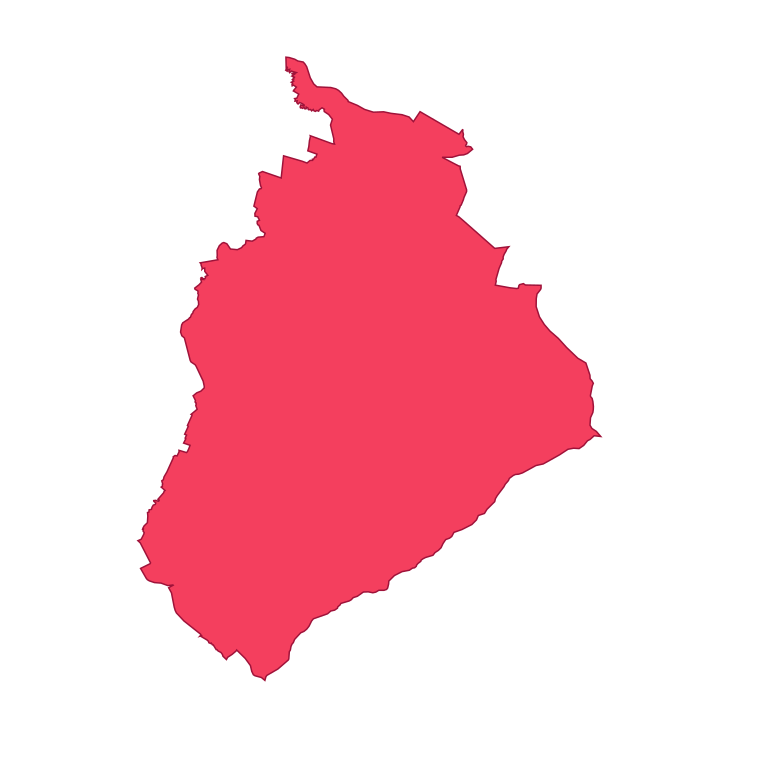 Homoroade, Satu Mare, Romania (Robinson projection), rotated 8°
{"feature_id": "2599482B99777504625333", "entity_name": "Homoroade", "entity_type": "district", "adm_level": 2, "iso_a3": "ROU", "parent_name": "Romania", "parent_adm1": "Satu Mare", "projection": "robinson", "projection_center": [23.062, 47.634], "detail": "fine", "context": "isolated", "style": "filled", "palette": "rose", "viewbox_px": 768, "rotation_deg": 8, "n_neighbors": 0, "source": "geoboundaries", "source_scale": "gbopen_adm2", "svg_char_len": 6132}
<svg xmlns="http://www.w3.org/2000/svg" viewBox="0 0 768 768"><g transform="rotate(8 384 384)"><path d="M387.2,597.9L392.5,592.9L397.3,592.0L402.0,592.3L404.9,591.2L407.6,589.0L412.7,588.3L415.1,587.1L416.0,585.6L416.4,581.4L416.2,578.5L421.0,572.2L428.0,567.3L435.0,564.9L437.8,562.4L439.9,561.7L441.3,560.1L441.6,558.5L442.7,556.9L445.1,554.5L445.3,553.2L447.0,551.6L449.3,550.0L456.3,546.8L458.0,543.8L461.0,541.2L463.3,538.2L464.6,533.9L466.7,529.5L470.4,527.5L472.3,525.6L473.9,521.2L481.4,517.3L490.6,510.9L494.5,505.7L495.7,501.1L501.5,498.2L503.4,493.8L510.0,485.1L510.3,482.0L511.7,478.7L517.0,469.2L518.0,466.4L520.6,462.4L521.3,460.0L524.7,456.6L526.7,455.3L530.0,454.5L533.6,452.7L545.8,443.6L552.8,441.0L567.7,429.7L575.3,423.0L580.7,421.2L586.2,420.8L590.4,416.9L593.4,411.9L595.8,410.2L599.3,406.0L605.9,405.8L600.9,401.4L596.1,399.1L593.7,396.1L593.2,388.6L594.8,383.1L594.8,380.2L594.5,377.1L593.3,372.3L592.1,369.3L590.3,367.7L590.0,366.6L590.5,356.9L591.2,354.2L589.5,351.9L587.4,350.1L586.7,346.6L581.0,335.1L572.3,331.5L559.7,322.4L550.2,314.5L541.0,308.5L534.5,302.8L528.6,295.9L523.9,286.2L522.9,278.3L523.0,273.6L525.9,268.6L526.2,267.2L525.8,264.4L510.2,266.3L508.1,265.2L504.5,266.7L503.9,267.6L503.7,270.4L502.2,271.0L495.4,271.2L480.5,270.6L480.8,266.7L480.3,264.8L481.9,253.4L483.5,247.7L483.5,245.8L484.6,243.6L484.3,241.6L484.9,238.9L486.5,235.0L486.7,233.6L488.5,230.7L474.8,234.3L440.1,211.4L434.8,208.0L432.2,207.0L434.7,197.9L434.6,197.0L435.5,196.1L437.0,190.3L437.2,188.4L439.0,182.0L438.8,180.3L429.6,160.5L429.1,157.8L427.3,157.6L410.0,151.4L419.9,150.0L426.8,146.9L431.1,146.0L434.6,144.1L439.1,139.2L436.9,137.1L434.2,136.9L432.7,137.5L431.7,136.9L431.7,136.0L432.3,135.3L432.5,133.5L429.7,130.8L427.9,128.2L427.9,125.6L426.7,122.7L426.8,121.5L426.3,121.3L423.5,126.3L381.8,109.3L376.6,120.1L371.7,116.1L364.4,114.8L353.3,115.0L345.8,114.5L335.7,116.3L326.6,114.8L318.9,111.8L309.2,109.3L308.9,108.2L304.2,104.7L301.5,101.9L298.2,99.6L295.2,98.4L290.1,97.8L276.3,99.1L272.6,96.6L268.4,91.1L263.3,80.6L261.1,78.0L259.2,76.4L253.7,76.1L250.4,74.8L244.6,73.9L241.4,74.0L243.2,84.9L243.9,83.8L244.3,84.3L243.0,86.9L244.6,87.7L245.0,86.1L246.8,85.5L246.3,87.7L247.3,88.8L248.5,87.0L253.9,87.8L252.9,88.6L249.6,89.2L249.7,89.6L252.0,90.0L249.9,91.9L253.3,92.8L252.3,92.9L251.5,93.8L252.2,94.5L250.9,95.4L252.4,96.6L250.2,98.1L251.7,98.8L251.2,100.3L251.6,101.5L252.7,100.6L255.9,102.2L253.7,105.7L254.1,106.2L253.7,106.5L259.2,108.8L257.9,113.1L255.8,113.8L256.6,114.6L256.5,116.3L258.7,115.6L258.4,117.2L259.4,118.5L260.3,118.5L261.2,117.0L264.0,117.7L266.1,118.8L266.2,119.5L265.6,119.9L262.8,119.2L262.4,121.3L262.9,122.2L263.8,121.9L264.9,122.4L266.4,121.4L267.5,122.6L268.6,122.2L268.5,120.6L270.4,121.4L270.6,122.4L271.2,122.9L273.1,122.4L274.3,123.6L275.7,122.0L276.6,123.2L278.1,123.6L279.4,122.5L281.3,122.9L281.7,121.5L284.2,119.1L286.7,120.2L286.4,120.6L286.9,122.5L291.8,124.9L296.0,129.0L295.0,135.0L300.2,148.3L300.5,151.1L301.6,153.3L298.9,153.2L276.4,148.4L276.7,149.2L276.3,153.4L276.5,159.4L276.1,163.7L285.6,165.7L285.0,168.8L284.0,168.8L282.8,171.5L281.9,171.4L282.0,172.5L279.7,172.9L277.0,175.9L272.0,174.8L252.8,172.0L253.5,194.3L234.1,190.5L230.9,192.6L230.6,193.3L232.1,195.7L232.2,198.9L234.1,204.6L235.4,206.8L235.1,207.6L233.5,208.2L231.9,211.4L230.4,226.0L234.1,228.0L232.4,233.0L232.9,235.8L235.6,235.9L237.9,239.2L235.8,240.5L236.1,242.7L236.9,243.9L238.1,244.3L240.8,249.1L245.3,251.3L244.6,254.8L238.9,256.1L237.2,257.4L236.9,258.4L233.6,260.9L227.4,261.0L227.4,264.3L226.9,265.2L225.2,266.7L224.0,268.8L220.1,271.4L213.2,271.7L208.9,267.0L205.7,266.2L204.1,267.0L201.7,269.9L200.1,274.9L201.0,280.1L201.0,282.0L202.2,284.1L185.1,289.6L186.2,290.6L186.3,291.6L187.8,294.4L187.8,295.7L188.4,294.9L190.3,294.2L190.9,297.5L194.4,300.9L192.0,302.5L192.5,303.4L192.0,304.7L190.4,304.9L188.8,303.9L188.0,304.3L188.1,304.9L189.8,305.7L188.0,305.9L189.1,308.5L187.0,311.5L183.2,315.4L183.7,316.5L186.6,317.6L187.1,318.8L187.0,320.1L187.9,321.6L187.5,325.9L188.7,327.8L189.4,331.2L188.4,334.2L186.6,335.8L184.9,338.8L184.9,340.1L183.6,342.1L183.0,345.0L182.3,345.3L181.4,346.9L176.3,351.3L175.4,353.6L175.3,360.9L177.1,364.4L179.9,366.1L188.8,387.6L189.8,389.0L194.3,391.2L195.5,392.6L204.5,406.3L206.3,411.2L206.5,412.9L203.6,416.6L199.8,418.8L196.6,422.2L199.6,426.6L199.4,428.1L200.7,429.1L200.5,429.8L200.9,430.6L200.6,431.6L202.5,435.0L197.2,440.9L198.1,441.2L198.2,441.9L195.1,452.5L196.1,453.1L193.6,461.5L195.6,462.1L194.6,465.2L195.2,465.4L195.3,465.9L193.8,470.4L200.5,471.7L199.7,475.2L198.8,478.2L198.0,479.4L190.2,478.2L190.5,479.7L189.1,484.0L187.0,483.9L185.4,485.4L185.6,486.5L181.3,501.2L179.1,506.6L178.8,509.5L177.4,510.8L178.8,513.9L178.5,514.7L178.8,516.1L177.7,517.1L182.0,519.9L181.2,520.8L180.9,522.4L176.2,529.6L177.5,530.3L177.4,531.0L176.9,531.5L174.0,531.0L172.2,531.5L172.4,532.2L174.5,533.5L174.4,534.6L174.1,535.2L172.4,536.0L171.4,538.4L171.2,540.5L168.9,541.3L169.0,543.6L167.7,544.2L168.5,547.6L169.0,554.3L166.2,557.9L165.5,559.8L165.8,560.5L165.3,560.6L165.1,561.6L165.9,561.8L165.9,563.2L167.2,564.5L167.0,566.2L165.2,571.5L162.1,573.4L164.7,575.2L177.7,593.6L177.4,594.5L168.6,600.5L175.6,609.5L176.9,610.7L179.0,611.6L184.3,612.6L190.9,612.2L198.0,613.7L202.9,612.4L203.2,612.6L199.1,615.7L202.6,620.4L207.3,634.1L208.8,637.4L210.3,639.6L219.0,646.6L237.1,657.2L237.6,658.1L236.8,659.3L239.0,658.2L237.6,659.3L244.3,662.1L245.9,663.2L246.6,664.6L248.2,665.0L249.0,664.7L249.1,665.2L249.6,665.2L250.4,666.2L251.2,666.1L254.8,670.4L255.5,670.3L256.9,671.5L260.0,672.6L261.7,674.4L262.4,676.0L266.3,678.8L267.2,676.4L271.2,672.9L274.7,669.0L275.1,667.9L284.8,675.1L290.9,681.4L293.0,686.9L295.1,690.1L296.9,690.9L303.4,691.7L307.3,694.1L307.8,690.3L308.6,688.8L318.6,681.0L327.6,670.7L328.0,669.6L327.5,662.3L328.3,660.5L328.4,656.9L329.1,654.4L330.2,652.7L331.0,649.4L336.1,642.0L339.2,640.1L341.6,637.5L343.5,634.2L345.3,628.7L346.8,626.3L360.1,619.4L362.9,616.2L366.6,614.8L369.1,612.5L369.3,611.0L371.3,608.8L371.8,607.3L379.7,603.7L381.5,602.3L383.3,599.8L387.2,597.9Z" fill="#f43f5e" stroke="#9f1239" stroke-width="1.5"/></g></svg>